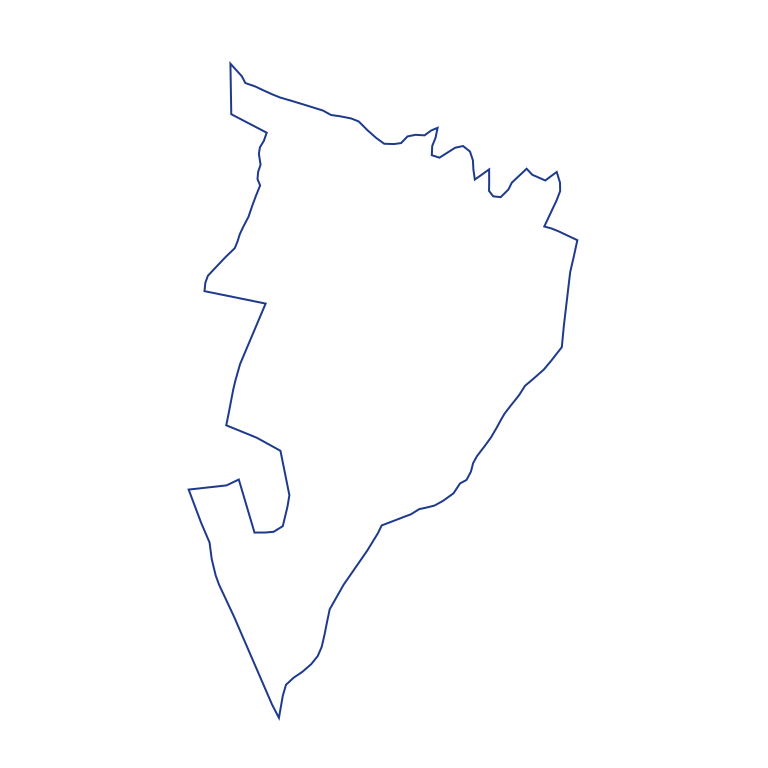 Dagoretti, Nairobi, Kenya (orthographic projection), rotated 87°
{"feature_id": "3690345B98870582025559", "entity_name": "Dagoretti", "entity_type": "district", "adm_level": 2, "iso_a3": "KEN", "parent_name": "Kenya", "parent_adm1": "Nairobi", "projection": "orthographic", "projection_center": [36.712, -1.281], "detail": "fine", "context": "isolated", "style": "outline", "palette": "blue", "viewbox_px": 768, "rotation_deg": 87, "n_neighbors": 0, "source": "geoboundaries", "source_scale": "gbopen_adm2", "svg_char_len": 1909}
<svg xmlns="http://www.w3.org/2000/svg" viewBox="0 0 768 768"><g transform="rotate(87 384 384)"><path d="M377.9,223.6L369.5,215.8L356.5,204.5L335.6,201.4L281.9,192.2L266.7,187.8L257.5,185.3L250.5,183.4L240.7,201.6L237.5,208.5L235.1,215.7L209.6,202.0L200.6,198.0L192.2,197.7L181.3,200.4L185.5,206.8L189.2,212.3L182.8,225.0L176.5,230.3L189.6,245.8L196.3,249.6L203.5,257.7L202.3,265.1L196.7,269.0L187.8,268.4L175.2,267.8L178.9,273.6L184.6,282.6L174.5,283.5L165.3,283.5L156.3,286.0L150.5,292.6L151.8,300.6L160.9,316.8L158.0,324.3L148.9,323.4L140.7,319.6L131.0,317.1L133.3,323.6L137.8,330.5L136.8,339.6L138.0,347.6L144.3,354.3L144.9,361.5L144.1,371.2L137.9,378.9L129.5,387.4L120.5,395.5L117.1,402.9L114.3,414.0L112.6,422.8L107.7,430.7L100.1,451.3L96.9,460.1L92.5,472.7L89.1,480.0L84.1,489.7L80.2,496.9L76.2,506.7L69.2,509.9L56.1,520.6L106.6,522.4L126.9,488.0L135.0,491.3L141.1,495.5L147.5,496.9L158.6,495.8L165.6,498.6L172.8,499.6L179.2,497.3L189.5,502.1L200.2,506.7L209.8,510.5L219.1,516.0L226.9,520.2L234.2,522.9L240.5,525.9L249.5,536.2L261.3,548.6L266.7,554.2L273.5,557.1L281.9,558.4L297.5,498.0L356.6,526.7L372.7,532.2L381.5,534.8L407.7,541.3L417.0,543.7L431.0,513.9L445.3,490.9L490.1,484.3L501.4,486.8L520.6,492.5L525.8,501.9L526.1,509.9L525.6,521.1L471.8,534.0L477.0,546.6L479.2,584.6L513.0,573.9L533.2,566.5L549.9,565.2L566.4,562.1L575.6,559.3L608.9,545.8L698.2,512.6L711.9,506.4L690.1,501.4L679.2,497.6L672.5,489.5L667.1,480.5L660.0,471.4L652.2,464.4L643.3,460.0L631.2,456.5L618.5,453.3L606.1,450.0L582.4,434.9L572.2,427.0L549.4,409.4L532.7,397.9L525.1,393.7L521.9,383.7L518.3,372.7L515.5,363.9L510.8,355.4L509.7,348.5L508.1,340.1L503.9,331.4L496.8,320.3L487.3,313.3L484.1,306.6L476.1,301.8L467.6,299.1L461.0,295.0L451.5,286.9L442.9,279.9L433.6,273.8L425.9,269.1L420.1,265.3L413.7,259.9L408.0,254.8L402.1,249.6L393.1,243.2L386.7,234.7L377.9,223.6Z" fill="none" stroke="#1e3a8a" stroke-width="2"/></g></svg>